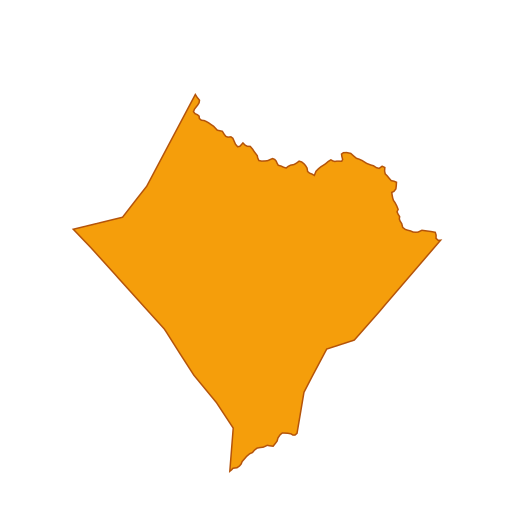 Boquira, Bahia, Brazil (orthographic projection), rotated 321°
{"feature_id": "56859067B56543556798055", "entity_name": "Boquira", "entity_type": "district", "adm_level": 2, "iso_a3": "BRA", "parent_name": "Brazil", "parent_adm1": "Bahia", "projection": "orthographic", "projection_center": [-42.646, -12.726], "detail": "fine", "context": "isolated", "style": "filled", "palette": "amber", "viewbox_px": 512, "rotation_deg": 321, "n_neighbors": 0, "source": "geoboundaries", "source_scale": "gbopen_adm2", "svg_char_len": 2376}
<svg xmlns="http://www.w3.org/2000/svg" viewBox="0 0 512 512"><g transform="rotate(321 256 256)"><path d="M397.1,245.7L395.5,243.2L394.8,239.6L394.2,235.9L391.5,232.6L388.9,230.7L386.6,230.6L385.3,232.8L384.1,235.5L382.2,236.3L380.4,234.7L378.6,233.2L376.7,232.1L375.5,230.4L374.7,228.4L371.7,228.0L368.0,228.1L365.0,227.8L362.8,227.5L359.5,227.5L356.0,227.9L352.0,230.1L351.1,227.6L349.8,225.4L349.3,222.8L351.0,219.8L351.4,216.8L351.3,214.4L350.7,211.7L349.2,209.4L345.9,209.3L343.0,208.8L340.1,207.2L337.4,206.6L334.8,206.6L333.3,204.4L332.1,201.9L330.4,199.5L330.8,197.1L331.4,194.9L331.3,192.7L330.2,190.7L327.9,190.0L325.2,189.3L323.2,188.1L320.1,185.8L318.3,183.6L319.1,180.7L320.1,178.9L320.2,176.6L320.3,173.4L320.6,171.0L320.5,167.2L318.3,165.3L317.3,163.0L317.0,159.9L312.6,160.6L310.5,159.6L310.4,156.2L311.2,153.3L312.1,149.9L311.5,147.6L309.0,146.0L307.8,144.0L307.9,141.2L308.3,137.9L306.5,135.6L305.1,133.9L304.9,131.3L304.7,128.5L303.7,125.2L303.0,122.7L302.0,120.2L301.0,118.2L299.0,116.1L298.5,113.5L299.8,111.5L299.4,109.4L298.2,107.0L298.2,104.5L300.7,103.1L305.6,102.0L308.2,101.1L310.1,99.4L310.1,95.4L310.5,92.3L215.0,133.0L200.1,136.4L176.7,141.9L130.8,120.2L132.9,145.2L135.0,183.3L135.1,186.2L137.2,225.8L138.8,254.8L138.4,259.1L135.4,284.7L132.7,309.5L133.0,345.1L130.0,375.4L100.2,406.8L102.5,406.8L104.6,406.5L108.0,408.6L111.0,408.8L113.6,408.3L115.9,407.0L122.6,405.8L126.6,405.7L129.6,406.5L132.6,405.9L136.0,406.0L138.4,407.3L141.3,409.1L143.4,409.7L145.6,410.2L147.0,411.9L149.6,414.6L153.2,413.8L155.9,413.1L158.6,411.2L162.3,410.1L165.0,410.1L167.0,411.8L169.2,413.8L171.3,416.3L172.0,418.4L173.6,419.7L176.3,419.6L192.2,405.6L207.5,392.1L223.7,385.0L252.4,372.8L279.5,383.2L316.1,377.0L327.1,374.9L409.4,359.9L407.5,358.6L407.0,355.6L409.1,353.1L410.2,350.4L407.6,347.3L404.1,343.6L401.1,340.4L396.9,339.4L395.0,338.0L393.2,336.3L391.9,333.8L390.1,331.4L388.7,329.2L388.0,326.1L389.6,322.6L390.0,319.4L390.7,317.4L392.4,315.8L392.7,313.1L393.4,310.4L395.8,309.2L396.9,305.6L397.6,302.1L397.8,299.3L398.7,297.0L400.2,294.2L401.5,292.0L403.8,292.6L406.9,291.9L409.2,289.7L411.6,287.1L410.3,284.7L408.5,282.5L408.4,279.8L408.4,276.3L408.1,273.5L409.4,270.9L411.8,268.3L410.5,265.6L406.8,265.4L405.1,263.0L404.1,259.8L402.4,257.4L400.3,253.7L399.3,250.8L398.6,248.7L397.1,245.7Z" fill="#f59e0b" stroke="#b45309" stroke-width="1.5"/></g></svg>